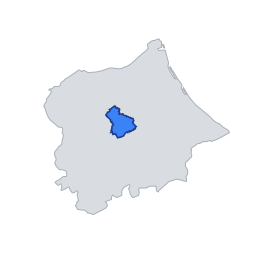 Gbeke, Vallée du Bandama, Ivory Coast shown in context, rotated 244°
{"feature_id": "98640826B94469137469464", "entity_name": "Gbeke", "entity_type": "district", "adm_level": 2, "iso_a3": "CIV", "parent_name": "Ivory Coast", "parent_adm1": "Vallée du Bandama", "projection": "natural_earth1", "projection_center": [-5.149, 7.692], "detail": "fine", "context": "in_parent", "style": "filled", "palette": "blue", "viewbox_px": 256, "rotation_deg": 244, "n_neighbors": 0, "source": "geoboundaries", "source_scale": "gbopen_adm2", "svg_char_len": 7650}
<svg xmlns="http://www.w3.org/2000/svg" viewBox="0 0 256 256"><g transform="rotate(244 128 128)"><path d="M69.3,54.4L70.0,54.4L71.9,53.7L73.6,52.3L75.2,49.3L77.3,46.9L79.7,47.1L80.4,46.7L81.2,46.6L82.2,48.2L83.2,49.4L83.9,49.4L84.5,51.7L88.8,52.6L90.7,53.2L92.3,54.9L92.8,54.9L93.5,54.6L94.0,54.0L94.1,53.4L93.4,51.9L93.7,50.5L94.4,49.3L95.5,49.3L97.2,48.9L99.2,48.9L100.6,49.1L101.2,47.9L100.7,44.6L100.8,42.7L101.0,41.2L101.6,40.5L103.7,42.5L105.7,43.2L107.1,43.2L107.5,42.9L106.9,40.7L107.1,40.1L107.6,39.7L108.5,39.5L111.0,38.6L111.3,38.8L111.8,42.2L111.6,43.3L112.1,45.6L112.7,47.7L112.7,48.6L112.1,49.9L111.5,51.1L111.6,51.6L112.6,52.4L114.5,53.3L116.5,53.5L117.6,52.2L118.8,51.2L119.6,50.3L119.8,49.0L121.1,48.0L124.7,46.8L128.0,46.6L128.8,47.0L130.3,48.8L132.2,50.1L135.1,50.0L137.2,50.7L139.0,52.2L140.3,55.3L141.6,57.6L142.2,60.9L144.3,62.6L145.9,63.4L148.2,65.8L150.5,67.0L152.9,66.7L154.0,67.9L155.8,68.8L157.6,68.9L159.1,66.1L161.2,65.1L166.4,62.9L168.5,61.9L170.6,61.3L175.7,61.1L180.4,61.7L182.7,62.2L184.3,61.9L185.8,63.2L187.4,65.9L188.7,66.8L190.0,67.7L190.9,69.9L192.1,72.0L192.7,72.9L194.1,75.1L195.3,75.1L196.5,74.2L197.0,73.5L197.3,74.9L196.8,77.1L196.9,78.5L197.6,79.1L197.2,80.9L195.8,83.9L195.8,85.7L197.2,86.3L198.2,88.2L198.8,91.5L199.4,92.6L199.4,93.3L200.4,101.2L201.7,109.2L200.9,110.2L199.8,110.6L199.1,110.9L198.9,111.7L199.4,112.8L199.1,113.8L197.8,114.4L194.8,117.0L194.6,118.0L193.9,120.1L193.2,121.5L192.3,123.9L190.8,130.4L190.2,135.7L190.1,137.4L189.5,138.5L188.9,140.2L185.7,144.8L184.1,148.5L184.3,150.1L184.4,151.8L183.9,153.0L184.0,156.1L184.4,158.8L185.0,161.4L187.3,168.8L188.5,173.2L189.2,176.8L189.9,179.3L190.5,180.2L190.8,181.2L194.2,181.8L194.8,182.4L195.8,187.1L195.6,189.2L194.9,190.0L195.0,191.8L194.8,194.0L194.3,194.9L192.4,195.0L191.1,195.9L189.4,195.5L189.2,195.0L188.3,194.8L185.8,193.5L186.2,189.4L185.0,189.3L184.1,189.8L182.3,194.7L181.4,195.5L168.8,193.0L166.0,191.0L162.7,190.5L157.0,190.7L152.3,191.3L150.9,192.6L162.9,191.9L164.2,192.0L164.8,192.7L149.6,194.4L143.9,195.3L142.2,195.1L140.9,193.5L134.6,193.3L133.3,193.8L132.6,195.0L135.0,194.7L138.9,194.6L140.0,195.5L127.8,196.7L119.3,198.9L115.8,200.5L104.0,205.9L96.8,208.4L94.9,209.3L91.6,212.0L87.4,213.6L82.7,216.7L79.8,217.4L79.2,216.4L79.1,211.2L78.7,204.2L78.9,201.5L79.3,199.0L79.3,196.9L80.7,196.2L81.1,195.3L81.3,192.6L82.7,190.1L82.7,185.8L83.1,184.9L83.4,183.8L82.8,180.9L82.1,175.6L81.7,175.3L81.4,175.5L80.6,175.6L77.7,173.7L75.4,173.4L73.8,171.9L73.7,170.1L72.9,169.0L72.4,166.9L71.6,164.6L69.3,163.1L67.2,162.8L65.7,163.1L64.0,163.0L62.0,162.2L60.6,161.3L59.2,159.6L58.0,158.2L57.0,158.4L55.9,158.0L54.7,157.4L54.3,156.9L59.2,151.4L60.9,148.7L61.1,147.0L61.1,145.4L61.6,143.6L61.8,141.0L59.1,131.6L58.4,128.6L57.7,127.8L57.2,127.4L58.6,126.2L60.5,126.5L63.3,127.5L64.0,126.6L66.2,121.8L66.1,120.0L65.9,118.8L67.2,115.5L68.2,114.2L68.7,112.9L68.6,111.0L67.8,110.3L66.8,110.4L65.6,110.0L63.7,108.9L62.8,107.9L63.1,103.6L63.3,102.3L63.9,101.5L64.9,101.3L67.8,101.2L70.1,101.7L72.2,101.9L73.3,101.9L74.1,103.2L75.3,104.5L76.3,104.5L76.7,103.5L76.5,99.3L75.8,97.0L74.2,94.8L70.2,93.0L70.1,90.4L70.5,87.6L71.4,86.5L74.4,84.7L73.9,83.8L72.9,82.8L71.0,81.7L71.5,78.3L71.6,75.3L70.0,75.7L68.3,75.8L66.9,74.9L65.8,73.1L65.5,68.1L65.6,62.3L65.3,59.7L65.8,58.3L67.2,57.1L68.8,55.4L69.3,54.4ZM187.8,195.6L187.1,196.7L183.9,196.0L184.7,195.1L187.8,195.6Z" fill="#d9dde1" stroke="#a8b0b8" stroke-width="1"/><path d="M149.6,128.3L149.8,128.1L149.7,127.8L149.7,127.7L149.8,127.6L150.0,127.4L150.3,127.4L150.4,127.2L150.6,127.2L151.0,127.1L150.9,126.9L151.0,126.9L151.1,126.7L151.2,126.3L151.3,126.3L151.5,126.1L151.6,125.9L151.8,125.7L152.1,125.8L152.3,125.8L152.6,125.8L152.7,126.0L152.8,126.2L153.0,126.2L153.3,126.0L153.5,126.0L153.6,125.9L153.6,124.8L153.6,124.7L153.4,124.3L153.4,124.2L153.3,123.5L153.3,123.3L153.3,123.2L153.2,122.8L153.2,122.6L153.1,122.4L153.0,122.2L152.9,121.7L152.7,121.5L152.6,121.4L152.6,121.1L152.6,120.9L152.7,120.7L152.8,120.0L152.7,120.1L152.4,120.1L152.2,119.9L152.0,120.0L151.9,120.2L151.9,119.9L151.9,119.7L152.0,119.5L151.7,119.3L151.5,119.2L151.4,119.2L151.2,119.1L151.2,118.9L150.9,118.4L151.2,116.4L150.7,116.0L150.5,115.9L150.4,115.7L150.1,115.2L149.7,114.0L149.4,113.9L149.2,113.8L148.8,113.8L148.2,113.9L147.6,114.1L147.8,114.3L147.7,114.6L146.8,114.6L145.8,114.8L145.7,114.9L143.0,115.9L142.7,115.7L142.2,115.3L141.5,115.3L141.3,115.6L141.3,115.4L141.1,115.4L140.9,115.5L140.8,115.4L140.6,115.4L140.4,115.6L140.3,115.8L140.2,115.8L139.9,116.0L139.5,115.8L139.2,115.9L138.7,115.9L138.5,116.0L138.3,116.0L138.1,116.1L138.0,116.3L137.9,116.4L137.8,116.5L136.7,115.2L136.7,114.3L136.1,114.1L135.3,113.6L134.9,113.4L134.7,113.5L134.6,113.4L134.5,113.1L134.2,112.9L134.2,112.7L133.9,112.4L133.7,112.4L133.2,112.1L133.1,111.9L133.0,112.0L132.8,112.1L132.6,112.2L132.4,111.7L132.2,111.5L132.0,111.3L132.0,111.1L131.9,111.0L131.9,110.9L131.7,110.7L131.7,110.9L131.8,111.1L131.8,111.5L131.8,112.1L131.7,112.2L131.4,112.0L131.2,112.1L130.9,112.0L130.6,111.8L130.4,112.0L130.2,112.0L129.9,111.8L129.8,111.7L129.7,111.7L129.6,111.9L129.3,111.9L129.2,112.0L129.1,111.6L128.8,111.7L128.7,111.7L128.7,111.8L128.9,112.0L128.9,112.3L129.0,112.7L128.9,112.8L128.7,112.8L128.7,113.0L128.8,113.1L128.7,113.2L128.6,113.3L128.4,113.3L128.3,113.5L128.3,113.9L128.2,113.9L127.9,113.9L128.0,114.1L127.8,114.2L127.7,114.3L123.8,114.3L123.7,114.4L123.7,114.5L123.6,114.9L123.6,115.2L123.6,115.4L123.5,115.6L123.3,115.7L123.3,115.9L123.4,116.2L123.4,116.4L123.3,116.6L123.3,116.9L123.2,116.9L123.1,117.0L123.0,117.3L123.0,117.5L122.9,118.0L122.9,118.6L122.9,118.9L122.9,119.0L122.8,119.4L122.9,119.7L123.0,120.0L123.1,120.3L122.9,120.4L122.8,120.6L123.4,121.4L123.6,122.0L124.7,123.3L124.8,123.4L124.8,123.5L124.7,124.6L124.8,125.4L124.3,125.7L124.0,125.8L124.5,126.2L124.8,127.0L124.6,127.8L123.9,127.9L124.0,128.0L124.3,128.3L124.2,128.5L124.3,128.6L124.2,128.7L124.2,128.8L123.9,129.0L123.7,129.1L123.7,129.4L123.7,129.6L123.7,129.8L123.8,129.9L123.9,130.0L124.1,130.1L124.1,130.4L124.1,130.7L124.0,131.1L123.9,131.4L123.7,131.6L123.8,131.9L123.8,132.4L124.0,132.7L124.1,132.8L124.3,132.9L124.5,132.8L124.7,133.0L124.8,133.2L124.8,133.3L124.6,133.5L124.3,133.7L124.0,133.9L124.0,134.0L124.5,134.6L125.2,134.9L125.4,135.0L125.6,135.3L125.6,135.7L125.6,135.9L125.7,136.1L125.8,136.0L126.0,135.6L126.6,135.6L126.8,135.5L127.4,135.5L127.7,135.2L128.2,135.1L129.3,134.9L129.7,134.6L129.9,134.5L130.0,134.6L130.4,134.6L130.6,134.5L130.9,134.5L131.0,134.7L130.9,135.1L131.1,135.3L131.4,135.2L131.6,135.3L131.8,136.1L131.9,136.3L132.2,136.4L132.9,136.5L133.0,136.4L133.6,136.4L133.9,136.5L134.0,136.5L134.3,136.7L134.8,135.9L135.0,135.7L135.4,135.2L135.5,135.0L135.8,135.2L136.0,135.2L136.3,135.0L136.3,134.9L136.4,134.7L136.5,134.5L136.5,134.3L136.6,134.1L136.7,133.9L136.9,133.8L137.1,133.7L137.3,133.4L137.6,133.4L137.9,133.3L138.6,132.8L138.6,132.7L138.7,132.3L138.7,132.2L138.7,131.9L139.0,131.9L139.1,131.7L139.3,131.7L139.7,131.8L139.9,131.7L140.0,131.6L140.2,131.4L140.3,131.0L140.7,130.5L140.8,130.3L141.4,129.8L141.5,129.9L141.6,130.0L141.8,130.1L141.7,130.0L141.8,129.9L141.9,129.7L142.1,129.4L142.4,129.4L142.5,129.5L142.8,129.5L143.0,129.6L143.2,129.2L143.2,128.7L143.1,128.4L143.3,128.2L143.5,127.9L143.6,127.7L144.0,127.0L144.2,126.0L144.5,126.1L144.8,126.2L145.0,126.6L145.3,127.0L145.6,127.2L145.8,127.1L146.1,127.2L146.3,127.2L146.5,127.3L146.9,126.8L147.3,127.5L147.5,127.6L147.7,128.0L147.8,128.2L147.9,128.3L148.0,128.4L148.1,128.2L148.2,128.3L148.3,128.3L148.5,128.3L148.6,128.5L148.9,128.6L149.0,128.6L149.4,128.4L149.5,128.3L149.6,128.3Z" fill="#3b82f6" stroke="#1e3a8a" stroke-width="1.5"/></g></svg>